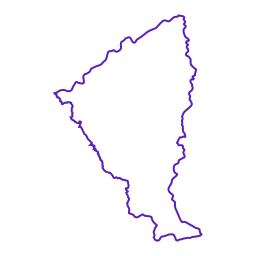 Pa Sang, Lamphun, Thailand (orthographic projection)
{"feature_id": "78962969B79756650149930", "entity_name": "Pa Sang", "entity_type": "district", "adm_level": 2, "iso_a3": "THA", "parent_name": "Thailand", "parent_adm1": "Lamphun", "projection": "orthographic", "projection_center": [98.877, 18.408], "detail": "fine", "context": "isolated", "style": "outline", "palette": "violet", "viewbox_px": 256, "rotation_deg": 0, "n_neighbors": 0, "source": "geoboundaries", "source_scale": "gbopen_adm2", "svg_char_len": 5800}
<svg xmlns="http://www.w3.org/2000/svg" viewBox="0 0 256 256"><path d="M154.8,239.5L156.4,240.5L157.9,240.6L158.7,240.3L159.4,239.8L160.8,237.4L161.4,236.8L162.2,236.5L164.1,236.2L165.8,235.7L168.9,234.5L171.8,234.3L173.1,234.5L173.9,235.0L175.2,237.6L175.9,239.6L176.2,240.0L177.3,240.6L179.6,239.5L181.5,239.3L183.1,238.7L184.9,238.3L187.2,237.9L190.2,237.9L192.2,237.0L197.1,236.4L200.2,235.5L201.1,235.0L201.5,234.4L201.2,233.9L200.0,232.6L199.6,229.9L199.3,229.4L198.6,228.8L197.7,228.4L196.6,228.2L194.8,227.5L192.6,226.0L190.9,225.2L185.8,222.2L184.3,221.9L182.4,222.0L181.7,221.7L180.8,220.4L179.5,217.8L178.9,216.1L177.7,213.6L176.9,211.5L175.4,208.3L174.9,206.0L175.0,202.6L174.8,201.8L172.6,200.1L172.0,199.3L172.1,198.6L173.1,196.3L173.1,195.4L172.6,194.8L169.7,192.4L168.9,191.1L168.5,190.0L168.5,188.8L168.7,188.0L169.7,186.0L171.4,183.3L172.1,179.9L173.0,178.6L176.5,175.6L177.1,174.6L177.1,174.2L174.8,172.6L174.0,170.9L173.7,169.5L173.7,168.0L174.0,166.2L174.6,165.2L175.5,164.4L177.5,163.6L178.2,162.9L178.7,162.1L178.7,160.8L179.2,160.0L181.1,159.0L182.7,158.1L183.9,157.6L184.6,157.0L184.6,155.9L183.3,152.8L183.7,151.4L184.4,150.0L184.4,149.6L182.9,148.3L182.9,146.2L182.8,145.8L182.2,145.4L181.4,145.2L179.9,145.3L178.8,145.2L178.3,144.8L178.0,143.8L177.0,142.9L177.9,141.2L178.6,139.4L179.8,137.5L181.9,137.3L183.4,136.5L184.6,136.9L185.1,136.9L185.3,136.5L185.2,135.3L184.4,133.2L183.2,131.6L182.9,130.8L182.8,126.2L182.0,125.0L182.3,122.6L181.9,120.9L182.5,119.3L182.6,118.4L182.1,116.5L183.3,113.5L184.1,112.2L186.4,110.0L190.5,106.5L191.4,105.3L191.6,104.9L191.8,104.0L191.7,103.3L190.7,101.0L189.6,99.7L189.6,98.8L190.2,96.2L189.1,94.2L189.0,93.6L189.3,92.5L191.7,90.3L192.3,89.4L192.7,88.3L192.6,87.3L192.1,86.0L192.1,84.7L191.9,84.2L191.1,83.1L190.4,81.6L190.4,80.9L190.7,80.0L191.5,79.4L191.8,79.3L193.0,79.5L193.6,79.1L193.7,78.5L192.9,77.8L192.6,76.7L193.0,76.2L194.7,75.5L195.1,75.1L194.9,73.5L195.3,72.7L196.1,69.9L195.7,69.0L194.2,68.0L193.2,67.1L190.9,64.7L190.5,61.2L190.7,60.4L190.6,59.3L189.2,57.2L188.6,56.6L186.4,55.6L185.9,54.9L186.1,53.8L186.3,53.3L187.9,51.6L188.3,50.9L187.9,48.9L187.0,48.0L186.7,47.2L187.0,46.0L187.9,45.2L188.0,44.6L186.2,43.0L186.1,42.2L186.5,41.4L188.4,40.9L188.7,40.5L188.8,40.1L188.6,39.4L188.0,38.7L186.1,37.5L185.1,36.4L183.9,33.2L183.6,32.1L183.6,29.5L184.3,28.5L185.3,27.4L185.8,26.4L185.3,25.5L184.3,24.8L184.0,24.2L184.2,23.4L185.0,22.7L185.2,21.9L184.8,21.1L183.6,19.2L183.7,18.7L184.3,17.8L184.1,17.3L183.6,16.6L183.0,16.3L180.9,15.8L179.3,15.7L178.9,15.4L178.3,16.0L177.6,16.5L176.4,16.8L174.6,17.0L173.3,17.7L169.5,21.1L168.3,21.3L167.6,21.2L165.1,20.4L164.3,20.4L162.9,20.9L159.9,23.8L156.4,27.6L155.3,28.3L149.6,30.7L147.4,31.9L141.3,36.8L136.8,39.7L136.5,40.1L136.0,41.2L134.9,42.5L134.1,42.7L132.9,42.2L132.4,41.5L130.5,38.1L129.4,37.3L128.8,37.3L127.9,37.5L125.6,38.4L124.0,40.3L121.9,41.7L121.2,42.3L121.0,43.0L120.8,44.8L121.0,47.1L120.9,48.5L120.3,49.5L119.0,50.7L117.8,51.5L116.2,51.7L115.5,51.4L114.5,50.9L114.0,50.3L113.4,50.2L111.4,51.1L109.6,51.2L108.5,51.7L107.9,52.5L107.5,54.0L106.8,57.1L105.8,59.8L104.7,60.9L103.4,61.9L101.9,63.7L100.1,65.0L95.5,66.6L91.6,68.5L90.9,69.1L90.2,71.0L89.6,71.8L87.3,73.4L84.7,74.3L84.4,74.6L83.7,75.5L83.3,76.6L83.3,77.9L83.6,79.1L83.9,82.1L83.9,82.5L83.3,83.3L82.4,83.5L80.7,83.4L78.6,82.9L76.9,82.0L75.9,82.2L75.1,83.2L74.3,84.8L72.8,87.2L71.8,89.7L71.6,90.0L70.3,90.9L69.8,91.1L68.1,91.2L66.6,90.9L64.4,90.0L63.1,90.0L61.1,90.2L60.1,90.5L56.8,92.4L54.5,93.2L55.5,94.4L56.6,94.6L56.7,95.6L56.7,96.5L57.1,97.2L57.5,97.4L58.1,97.2L58.9,98.2L59.5,98.2L60.6,100.5L60.1,100.9L60.2,101.4L60.8,101.6L61.2,102.0L61.6,102.1L61.9,104.0L62.3,104.2L62.7,104.1L62.8,103.6L65.4,102.7L65.8,102.4L66.4,102.7L66.9,102.8L67.7,102.3L68.8,102.2L69.9,102.5L70.4,102.4L71.0,102.8L70.9,103.3L72.2,104.9L72.7,106.6L71.9,107.8L71.7,109.9L71.7,111.2L71.9,111.8L72.5,112.6L72.4,113.7L72.1,114.5L72.4,115.2L72.4,116.3L71.5,117.3L71.3,117.9L70.9,117.7L71.2,118.6L71.6,119.2L72.3,119.8L72.9,119.9L73.8,120.7L74.4,120.8L74.7,121.6L75.7,121.9L76.3,122.5L77.3,123.0L78.4,123.2L78.8,123.1L79.5,121.9L79.4,121.5L79.6,121.4L79.9,121.4L80.0,121.8L80.4,121.7L81.0,122.1L79.2,126.9L80.7,126.8L81.7,128.3L83.6,132.2L84.3,134.0L85.5,134.7L86.9,136.6L87.6,138.6L92.0,143.1L90.6,144.6L91.0,144.5L91.2,144.9L91.6,144.7L92.1,145.0L92.7,145.0L92.9,145.3L92.7,145.6L92.8,145.7L93.6,145.5L94.3,145.7L94.4,146.3L94.0,147.0L94.4,147.2L94.2,147.8L94.5,148.1L94.2,148.3L94.5,148.7L94.4,149.0L94.2,149.2L94.7,149.2L94.9,149.9L95.2,149.7L95.4,150.1L95.8,149.9L95.9,150.7L96.1,150.9L97.9,151.8L98.2,152.7L97.8,153.5L98.2,154.0L98.4,153.9L98.5,154.0L98.4,154.3L98.7,154.4L98.8,154.8L98.6,155.6L99.3,156.8L100.1,157.4L99.9,158.4L100.4,159.2L100.4,159.5L100.7,159.7L100.7,160.3L101.7,160.6L102.3,161.9L102.4,162.3L102.2,162.6L102.6,163.4L102.4,165.4L102.9,166.0L103.0,166.5L102.6,167.3L102.6,167.9L103.6,169.5L105.2,171.1L105.9,171.6L108.8,172.7L110.2,172.9L112.5,175.4L113.3,177.2L114.1,177.9L114.7,178.0L116.1,177.3L116.8,177.5L118.0,178.4L118.3,178.4L119.1,178.0L119.7,178.0L120.3,178.2L121.2,179.0L122.7,179.7L126.9,180.6L127.3,180.8L127.8,181.2L128.6,185.7L128.4,187.1L128.1,187.7L126.0,188.3L125.8,189.1L126.3,189.8L127.7,191.0L127.7,191.6L126.5,192.4L126.2,192.9L126.4,193.4L127.5,195.0L127.7,195.6L128.0,197.0L128.8,198.1L129.1,198.9L128.8,199.9L128.0,201.7L127.1,203.2L127.9,206.3L128.9,208.0L129.3,209.3L128.9,212.8L129.0,213.1L129.1,213.3L132.4,214.4L133.6,215.1L134.9,216.9L136.7,217.4L138.0,217.1L139.6,216.0L141.9,214.7L142.4,214.5L143.1,214.6L144.9,215.8L149.3,216.3L151.4,216.9L151.5,217.0L151.9,219.0L152.8,221.0L153.9,222.5L156.7,225.1L156.8,225.4L155.1,228.0L153.7,232.0L153.7,232.4L154.6,235.0L154.4,235.7L153.9,236.7L153.7,237.5L154.6,238.8L154.8,239.5Z" fill="none" stroke="#5b21b6" stroke-width="2"/></svg>